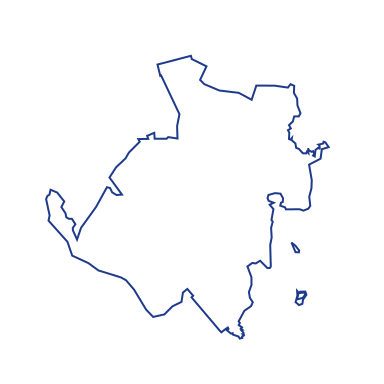 Galway City East Lea-6, Galway, Ireland (Albers equal-area conic projection), rotated 286°
{"feature_id": "5873133B29107056882514", "entity_name": "Galway City East Lea-6", "entity_type": "district", "adm_level": 2, "iso_a3": "IRL", "parent_name": "Ireland", "parent_adm1": "Galway", "projection": "albers", "projection_center": [-9.004, 53.286], "detail": "fine", "context": "isolated", "style": "outline", "palette": "blue", "viewbox_px": 384, "rotation_deg": 286, "n_neighbors": 0, "source": "geoboundaries", "source_scale": "gbopen_adm2", "svg_char_len": 2494}
<svg xmlns="http://www.w3.org/2000/svg" viewBox="0 0 384 384"><g transform="rotate(286 192 192)"><path d="M124.9,62.0L109.8,86.0L97.8,94.4L95.1,112.0L90.8,123.7L90.3,147.3L89.0,152.9L82.2,163.2L66.3,180.3L61.2,189.1L66.7,199.2L76.7,204.7L83.5,212.2L92.8,211.0L97.5,214.2L92.6,221.7L90.6,220.6L66.1,257.3L65.2,258.9L69.1,261.7L71.6,263.8L70.5,264.8L68.7,263.8L66.6,268.6L67.5,270.0L66.2,270.7L65.9,276.5L64.3,278.3L65.6,280.6L66.9,280.0L68.3,281.3L69.2,279.9L69.6,280.9L71.0,280.2L72.8,277.4L73.4,278.5L74.3,276.6L75.7,277.4L76.9,273.6L79.3,274.1L80.5,272.5L92.3,275.1L98.5,280.2L102.8,280.8L106.3,276.8L111.5,274.3L119.1,274.8L126.5,272.6L135.7,265.8L140.4,269.5L140.9,273.0L144.7,276.4L139.7,285.4L140.3,287.7L142.0,288.3L162.6,281.8L170.3,281.1L179.4,277.9L185.7,277.8L187.0,276.1L198.0,275.0L201.2,270.2L204.2,273.5L204.6,268.2L206.9,266.3L210.2,266.3L213.8,272.1L214.8,277.5L211.1,281.2L207.5,282.0L206.2,280.5L203.2,280.6L202.9,285.7L201.2,287.0L205.1,300.3L204.8,304.2L208.0,308.4L211.3,309.5L219.8,306.0L228.4,305.8L236.3,303.9L250.6,297.0L259.5,306.4L268.9,305.0L272.8,311.0L276.5,306.5L276.6,304.6L274.8,304.8L272.4,300.5L271.9,301.8L268.2,303.0L269.9,301.6L266.4,299.1L260.0,300.2L260.4,298.3L262.5,299.0L264.6,297.1L263.6,296.0L264.3,292.9L266.0,291.5L261.5,293.2L262.6,291.4L260.5,291.0L259.8,287.9L262.9,282.8L263.2,279.9L267.2,278.0L269.4,273.3L271.4,273.1L269.5,272.2L269.7,270.6L275.8,269.2L277.9,267.2L280.3,269.5L283.0,266.8L287.6,269.5L292.8,269.4L294.1,273.8L297.6,274.6L304.3,269.5L310.8,267.3L315.4,262.6L322.2,261.0L322.8,257.0L318.8,255.4L317.0,242.1L312.0,224.5L297.1,223.9L300.2,209.6L297.1,190.3L299.1,174.0L302.0,168.9L316.8,171.3L319.7,155.2L322.6,153.4L305.0,123.7L294.9,129.5L295.5,130.2L263.3,158.5L251.3,159.5L239.4,163.3L238.2,154.0L236.2,152.9L232.9,141.4L238.5,139.4L233.6,133.4L231.0,135.3L228.1,125.8L225.9,127.9L212.6,120.5L206.1,118.9L194.8,112.2L183.2,108.7L170.2,125.4L168.3,120.2L169.7,115.3L173.3,112.1L173.1,108.9L151.5,104.0L126.9,95.2L114.6,94.6L122.3,88.1L124.6,87.3L128.9,88.8L133.1,83.9L132.3,81.0L133.1,78.1L136.6,76.3L141.5,70.6L147.7,71.8L154.3,62.6L155.2,55.4L150.1,55.7L148.4,54.1L145.0,53.7L130.2,61.6L124.9,62.0ZM124.5,323.1L126.4,327.9L124.3,329.0L120.8,327.7L117.7,322.6L124.6,322.3L125.9,320.3L121.4,321.9L114.7,321.9L112.8,326.1L115.0,328.9L119.2,328.4L124.7,330.3L127.5,328.4L126.0,323.4L124.5,323.1ZM168.8,306.3L170.8,301.6L162.7,308.1L163.5,311.4L165.3,311.1L168.8,306.3Z" fill="none" stroke="#1e3a8a" stroke-width="2"/></g></svg>